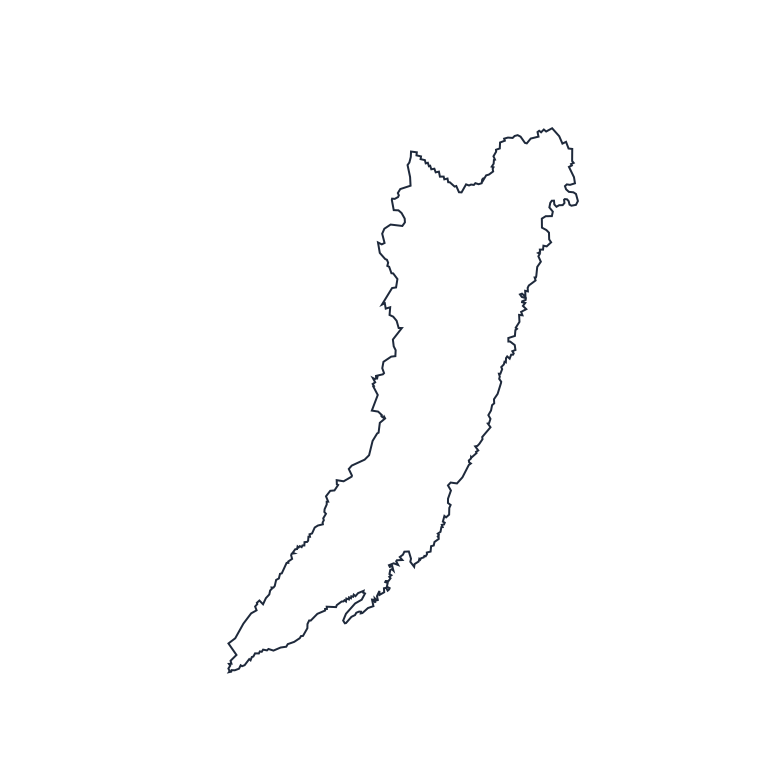 Puente Nacional, Veracruz, Mexico, rotated 328°
{"feature_id": "50627088B8661366969935", "entity_name": "Puente Nacional", "entity_type": "district", "adm_level": 2, "iso_a3": "MEX", "parent_name": "Mexico", "parent_adm1": "Veracruz", "projection": "robinson", "projection_center": [-96.589, 19.313], "detail": "fine", "context": "isolated", "style": "outline", "palette": "slate", "viewbox_px": 768, "rotation_deg": 328, "n_neighbors": 0, "source": "geoboundaries", "source_scale": "gbopen_adm2", "svg_char_len": 6141}
<svg xmlns="http://www.w3.org/2000/svg" viewBox="0 0 768 768"><g transform="rotate(328 384 384)"><path d="M453.9,260.8L449.9,270.6L451.2,278.6L452.3,280.2L451.8,283.3L449.4,285.6L450.5,287.3L449.0,294.0L450.4,295.1L451.0,302.1L445.4,308.5L441.7,306.9L424.3,315.6L427.5,315.9L425.4,321.0L429.9,322.2L425.3,328.4L427.5,331.8L428.2,337.1L426.1,344.3L428.8,346.0L415.1,351.0L412.2,357.2L411.8,361.5L408.4,366.4L404.6,364.6L395.3,364.9L390.9,369.7L389.8,374.8L388.2,375.2L381.5,372.9L381.0,373.8L382.3,374.4L380.5,376.3L381.0,375.0L378.9,375.0L377.7,373.0L377.4,377.9L374.4,378.0L374.4,380.4L373.6,380.3L372.9,390.0L359.6,400.1L364.4,404.3L365.7,409.3L364.8,409.7L365.0,411.0L365.7,412.3L366.8,411.7L366.7,413.8L359.9,414.7L353.6,422.4L352.0,422.3L344.2,426.2L333.6,436.5L327.5,437.9L313.4,436.1L309.1,437.4L308.3,444.6L307.5,445.4L298.2,445.1L292.9,440.5L290.9,444.0L291.6,445.3L285.6,448.0L281.8,446.1L275.3,448.5L274.3,454.2L273.0,453.5L271.6,455.8L267.3,458.7L265.6,460.9L266.0,463.3L261.3,465.7L260.8,467.6L258.6,468.9L257.8,470.6L253.0,469.0L249.2,469.0L243.8,472.6L241.2,472.0L240.3,474.3L239.0,473.5L236.6,476.7L235.2,477.2L232.8,476.0L230.9,478.7L229.3,477.7L227.7,478.7L226.7,476.9L225.0,477.4L224.6,476.0L222.8,477.9L221.1,477.1L217.2,478.7L218.1,480.0L215.8,479.0L214.5,480.0L213.4,483.6L208.7,483.8L208.1,485.0L206.6,484.1L197.0,490.4L195.2,489.9L191.8,493.2L188.7,493.0L184.3,497.4L182.3,498.1L180.8,497.0L180.4,498.2L178.0,498.8L175.2,501.7L170.4,503.0L164.7,506.7L163.6,501.6L160.2,502.2L159.9,503.5L156.8,504.4L156.0,508.4L149.8,508.1L137.8,512.7L123.1,520.8L114.6,521.6L115.3,535.6L107.2,537.4L106.4,540.4L104.2,539.2L104.3,541.4L101.3,542.8L100.9,545.7L99.8,546.2L102.0,547.0L103.1,545.9L105.7,547.7L110.2,548.6L113.4,546.6L114.1,548.1L116.8,548.6L123.9,545.9L124.4,547.6L127.2,545.5L128.8,545.9L131.9,544.1L135.1,546.2L137.0,545.0L138.4,546.3L140.7,545.2L143.6,547.9L145.6,547.5L149.0,551.5L156.7,552.7L161.9,555.0L164.5,553.6L171.2,555.1L177.9,554.9L180.0,553.8L181.8,554.7L189.6,550.5L191.9,547.0L195.2,544.9L196.5,545.8L205.7,543.6L214.0,544.9L214.8,543.6L216.4,544.5L217.4,542.5L225.1,547.8L226.8,546.5L232.8,546.0L234.4,546.9L235.9,546.4L236.5,548.2L238.4,546.0L240.1,548.1L241.3,546.5L242.4,548.2L243.8,546.7L245.1,548.1L246.7,546.6L247.4,548.8L251.2,547.6L257.1,548.6L255.8,549.9L256.9,551.6L250.8,555.1L243.2,554.8L230.0,558.7L224.0,563.0L224.0,566.2L225.1,566.6L233.0,564.2L237.0,564.6L239.3,563.3L242.3,563.8L243.8,564.9L242.7,566.2L244.3,566.8L251.7,565.5L257.3,566.8L259.6,560.5L260.5,561.2L260.8,564.9L262.6,560.8L263.2,563.6L264.3,563.9L265.6,560.2L270.4,557.1L268.5,560.5L273.8,560.7L275.7,557.2L277.8,558.0L277.6,561.2L279.5,560.9L280.6,560.1L279.0,557.4L281.7,554.7L280.1,552.6L281.1,552.0L283.3,553.5L286.6,552.2L286.3,550.3L288.9,550.1L287.9,548.1L290.7,545.1L292.6,545.2L293.1,547.2L294.5,542.8L292.0,542.2L292.2,540.3L297.2,541.2L300.1,545.0L300.4,540.8L301.5,540.3L306.3,543.0L305.7,539.1L309.6,538.8L312.4,537.0L316.3,539.2L314.3,546.5L312.1,548.7L312.7,555.0L314.5,552.9L319.3,552.9L321.3,551.0L321.6,552.2L323.1,551.4L325.8,552.1L327.1,551.2L328.0,552.2L330.2,551.2L331.0,549.6L334.7,550.8L338.0,546.5L340.6,547.3L343.1,544.7L348.3,544.4L349.5,542.3L348.0,542.2L350.6,541.0L350.3,539.4L353.6,539.3L356.8,535.8L357.9,536.4L358.4,534.1L360.5,534.9L362.0,533.8L361.0,531.9L365.3,527.9L366.0,530.0L370.0,529.3L373.7,523.7L376.4,521.9L375.2,518.8L377.5,515.2L384.3,509.8L384.5,503.9L388.3,502.9L393.2,507.0L401.1,504.7L413.0,497.6L415.5,497.4L414.7,495.6L415.4,493.8L418.2,493.3L419.2,492.0L419.3,492.7L425.9,491.6L426.1,490.3L428.7,490.3L428.3,485.2L430.4,486.0L433.1,485.3L438.3,483.0L439.2,481.0L451.4,477.1L451.1,472.5L452.3,472.9L455.8,470.0L456.0,465.7L460.7,463.2L464.5,459.2L467.2,458.8L469.2,455.2L475.1,452.6L483.7,445.2L484.6,444.2L484.4,440.7L486.1,439.1L486.9,436.2L488.1,437.0L492.1,434.0L492.4,431.8L496.0,430.9L498.0,429.0L498.8,430.2L501.2,426.7L503.1,425.9L504.0,429.1L507.4,426.5L509.0,427.5L510.2,426.8L510.2,424.2L513.5,424.8L515.5,420.3L513.5,414.9L512.0,413.9L513.8,410.9L520.5,412.6L524.0,407.9L526.0,407.7L525.5,406.1L531.8,403.1L535.2,397.0L537.8,399.1L538.5,395.5L544.3,395.9L543.2,391.4L546.7,390.1L544.4,387.8L545.0,387.1L548.6,387.8L549.8,386.4L547.0,383.2L546.8,380.1L548.9,380.5L550.3,384.8L553.1,379.8L555.1,381.7L556.8,378.6L559.0,377.2L567.4,376.5L568.2,373.5L569.3,374.1L570.3,373.2L576.0,365.9L581.8,363.4L582.6,357.5L585.1,356.2L584.2,354.6L586.3,354.8L587.4,352.6L590.1,354.3L592.5,351.2L594.9,353.5L600.8,352.4L600.7,348.9L604.1,343.1L603.3,339.5L600.8,335.1L605.5,327.4L610.1,327.4L615.3,330.6L618.5,327.3L617.8,321.9L621.0,318.5L623.4,317.5L625.3,318.6L623.6,322.0L624.2,325.1L627.3,325.2L630.3,327.0L633.0,326.1L634.3,323.2L635.3,323.0L637.1,324.4L637.5,326.8L636.4,330.2L637.4,332.1L641.7,333.8L645.4,331.6L647.5,324.6L646.2,321.8L642.6,319.0L641.6,315.4L642.3,312.1L644.8,311.6L647.3,313.7L652.3,315.0L654.7,309.3L655.9,297.9L659.1,298.2L659.2,296.6L662.0,297.0L661.7,294.6L668.2,284.4L665.3,282.1L666.7,275.1L662.7,274.7L663.9,266.7L662.1,256.2L655.3,255.8L654.4,252.9L650.6,253.8L649.8,251.5L647.7,251.7L646.1,256.1L638.5,253.6L632.6,255.6L631.3,254.2L630.9,246.6L629.2,243.8L626.2,242.9L623.5,243.5L619.7,240.7L615.9,239.6L615.4,241.7L610.4,240.7L607.0,245.6L603.1,244.7L602.2,246.4L597.5,248.9L597.0,252.6L595.9,252.3L593.7,255.3L590.5,256.8L591.7,258.2L590.2,259.1L589.2,261.6L583.9,262.0L581.2,261.2L576.1,263.8L576.5,262.4L575.7,262.6L573.2,265.5L570.1,264.7L567.9,262.1L565.7,262.8L563.5,261.0L561.3,260.7L559.4,258.2L551.3,262.6L549.2,261.1L550.2,254.4L548.5,254.0L546.7,247.8L545.4,246.9L546.7,243.4L543.6,242.4L544.5,239.7L541.3,237.8L543.1,233.0L540.0,231.9L540.8,228.1L537.9,227.0L538.8,223.4L537.5,223.1L538.4,219.6L536.3,219.0L537.3,215.8L534.2,212.7L536.0,210.6L532.7,207.3L534.6,204.9L530.1,201.2L527.0,205.7L522.9,209.6L520.0,210.8L515.8,222.3L511.6,229.9L501.1,227.3L496.9,229.4L496.6,231.8L495.0,232.9L491.2,232.7L489.1,231.1L488.2,232.0L484.4,241.7L488.3,244.4L489.5,248.3L489.2,254.7L487.4,258.0L483.3,259.7L474.1,252.3L466.6,252.5L462.1,255.6L459.2,264.7L456.1,264.4L453.9,260.8Z" fill="none" stroke="#1e293b" stroke-width="2"/></g></svg>